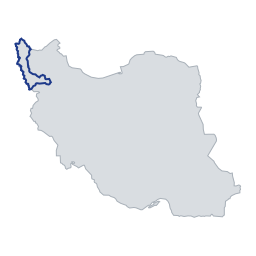 West Azarbaijan highlighted on a map of Iran
{"feature_id": "IRN-3237", "entity_name": "West Azarbaijan", "entity_type": "Province", "adm_level": 1, "iso_a3": "IRN", "parent_name": "Iran", "parent_adm1": "", "projection": "orthographic", "projection_center": [44.982, 37.874], "detail": "medium", "context": "in_parent", "style": "outline", "palette": "blue", "viewbox_px": 256, "rotation_deg": 0, "n_neighbors": 0, "source": "natural_earth", "source_scale": "10m", "svg_char_len": 5012}
<svg xmlns="http://www.w3.org/2000/svg" viewBox="0 0 256 256"><path d="M120.4,66.7L123.3,66.6L128.5,64.2L128.9,63.7L130.1,59.9L131.8,58.0L134.7,55.7L136.7,54.8L143.9,54.2L144.3,52.7L145.4,51.7L153.2,51.2L154.6,52.2L155.3,54.2L162.1,55.2L163.5,55.6L165.3,57.0L166.6,57.2L168.2,56.2L169.3,56.6L171.0,55.9L176.3,57.4L177.4,59.6L178.4,60.6L179.7,61.4L184.0,62.6L185.3,63.4L188.9,67.2L197.0,65.8L197.6,66.6L197.8,68.5L199.1,72.8L198.8,74.5L200.1,75.8L200.4,78.6L201.1,80.4L200.6,83.2L199.8,83.9L200.7,86.2L200.2,88.6L200.4,89.5L199.4,91.6L199.5,92.4L197.4,94.6L199.5,96.9L196.9,97.5L195.7,100.6L196.6,103.9L196.4,105.7L196.9,106.6L197.6,107.2L201.3,107.2L201.5,107.6L198.4,113.2L198.8,115.0L203.1,124.4L203.3,129.4L204.4,134.3L213.9,134.2L215.1,135.3L216.2,137.9L216.5,140.0L216.3,141.2L207.7,155.8L214.0,161.3L214.4,162.6L218.5,168.3L221.9,170.9L227.4,171.6L230.1,173.5L232.3,173.0L232.6,176.2L234.3,182.6L234.1,185.8L236.0,186.0L238.8,185.0L239.9,185.4L240.6,186.3L240.0,187.1L240.5,189.6L239.8,190.3L239.9,192.8L235.6,193.8L231.8,195.6L230.5,196.8L229.9,198.7L228.6,198.8L228.2,199.5L225.5,201.3L225.2,206.4L224.3,207.8L224.3,215.1L223.7,215.3L222.4,216.8L213.4,216.0L212.3,214.4L211.4,214.3L210.3,216.1L205.8,215.9L204.3,216.4L203.3,216.1L201.0,216.4L199.0,215.7L194.2,217.3L191.1,216.0L187.9,215.9L184.1,216.5L180.8,215.7L179.2,216.4L178.4,215.6L173.6,215.3L171.7,212.3L171.5,210.8L170.1,208.1L169.4,204.1L168.0,201.3L165.8,199.2L160.3,198.4L157.6,199.5L155.7,201.1L152.3,202.3L149.9,205.3L148.3,205.3L142.3,209.7L140.9,209.8L136.0,207.8L133.9,207.5L129.6,208.0L127.1,206.6L126.4,205.4L120.7,203.3L117.1,201.2L115.9,199.1L114.3,197.6L110.9,196.5L108.9,195.2L103.6,195.1L99.8,191.8L99.7,190.7L97.4,186.9L96.8,184.1L96.3,183.4L94.5,182.4L94.2,181.6L94.4,179.8L92.0,178.9L91.7,178.0L91.6,175.2L85.7,168.9L84.4,165.3L83.4,165.2L78.5,167.9L77.0,166.6L72.6,164.4L71.9,163.6L73.0,163.1L74.1,163.5L74.7,162.9L74.4,162.2L73.3,161.7L71.9,161.8L72.3,162.5L70.9,163.3L70.7,164.2L71.1,167.0L70.5,167.8L68.2,168.3L66.8,169.3L65.5,168.3L65.1,166.3L64.2,165.1L63.0,164.6L62.0,163.4L60.5,162.8L60.2,155.8L56.4,155.8L56.3,150.4L57.9,145.1L54.1,140.5L52.5,136.9L51.5,136.2L49.6,136.4L43.3,131.6L41.1,130.4L38.1,130.0L37.8,128.3L38.5,126.4L37.0,123.9L36.6,123.2L35.4,122.9L35.4,121.3L33.9,121.4L30.9,117.1L30.0,116.5L31.6,113.2L30.4,110.6L31.1,108.3L32.6,108.4L33.1,105.4L35.7,102.3L38.0,100.9L38.3,100.0L37.8,98.3L36.3,96.3L36.5,94.5L36.9,93.6L39.4,92.7L39.5,92.3L38.3,91.6L34.0,91.7L31.7,89.6L29.5,89.1L28.2,84.5L27.8,84.0L26.8,83.8L26.2,83.0L25.8,79.9L24.3,78.6L23.1,74.1L23.0,73.0L23.4,72.0L21.0,70.0L20.8,67.1L21.2,66.4L18.6,64.2L17.4,64.1L17.2,63.7L19.1,59.0L19.8,58.0L18.2,57.3L18.2,55.0L17.8,53.0L18.0,51.2L16.9,49.9L16.7,49.1L17.0,47.1L16.0,46.1L15.4,43.9L19.3,43.4L20.0,40.1L21.3,38.7L23.7,40.3L27.1,45.6L29.1,47.2L30.6,49.0L37.8,50.7L39.4,50.1L41.8,50.2L44.9,46.9L46.3,46.4L49.8,43.1L54.2,39.9L56.5,39.4L60.0,43.1L58.1,44.3L57.8,45.3L58.1,46.2L59.7,47.1L59.9,48.2L59.4,48.7L57.4,49.4L56.9,50.5L59.1,52.2L60.2,53.6L61.4,53.9L63.4,56.2L66.2,55.8L67.1,61.4L68.9,66.0L72.1,67.8L80.2,68.9L81.2,69.8L82.6,72.3L84.8,73.9L91.3,77.2L98.3,78.4L102.9,78.0L119.3,72.4L120.9,72.3L118.5,73.5L119.5,73.9L121.6,73.7L122.1,73.2L122.1,72.5L120.4,66.7ZM158.7,202.3L157.7,204.0L156.2,205.5L154.9,205.3L150.1,207.8L148.7,207.8L148.5,207.2L153.8,204.3L154.0,203.7L153.6,202.6L155.4,202.8L157.3,201.6L158.9,201.2L159.7,201.8L158.7,202.3Z" fill="#d9dde1" stroke="#a8b0b8" stroke-width="1"/><path d="M21.4,38.7L21.9,39.4L23.8,40.6L24.3,40.7L24.8,42.5L25.2,43.0L25.7,43.4L26.5,44.3L27.0,45.3L27.2,46.2L28.8,46.4L28.8,46.7L29.2,46.8L29.2,47.2L29.7,48.1L30.1,48.3L30.0,48.8L30.7,49.3L29.5,50.6L29.3,51.1L29.0,52.6L29.4,54.0L29.4,54.7L29.0,55.4L27.2,57.3L26.6,58.3L26.5,58.9L27.7,60.9L28.0,65.3L28.3,65.7L28.4,66.6L28.1,66.9L29.4,69.1L29.2,70.8L29.4,71.5L29.8,72.1L32.9,74.1L35.5,74.4L37.2,76.1L39.5,77.4L40.5,76.0L41.1,75.6L41.9,75.5L42.7,74.9L44.5,75.7L44.8,75.9L44.7,76.4L45.2,77.7L45.2,78.6L45.6,79.1L46.6,79.2L49.2,78.9L50.8,82.2L50.2,82.5L50.2,83.2L49.5,84.1L48.7,84.5L46.4,84.1L45.2,83.0L39.6,83.6L36.9,83.2L35.9,83.6L35.7,83.9L35.7,84.6L35.2,85.4L33.4,86.0L31.4,89.0L29.5,89.6L29.1,89.4L29.4,88.1L28.9,87.4L28.8,86.3L28.4,85.8L28.7,85.6L28.4,85.1L28.2,83.9L27.7,83.7L26.8,83.9L26.4,83.6L26.0,82.7L25.5,82.2L26.1,80.6L26.0,80.1L25.6,79.4L24.8,78.9L24.0,78.8L23.7,78.5L24.3,77.4L24.2,76.3L24.4,75.7L23.9,75.3L23.5,75.3L22.9,74.5L23.2,73.7L23.0,73.0L23.4,72.4L23.5,72.0L22.6,71.3L22.4,70.8L22.0,70.9L21.7,70.4L21.0,70.1L21.2,68.1L20.7,67.4L20.8,67.0L21.3,66.3L20.4,65.4L19.6,65.6L19.6,65.1L19.3,65.0L18.9,64.3L17.3,64.1L17.1,63.8L17.4,63.4L17.4,62.7L18.1,61.4L18.5,61.1L18.5,60.7L18.8,60.5L19.0,59.1L19.7,58.5L19.9,57.9L19.4,57.3L18.9,57.6L18.1,57.3L18.2,54.1L17.7,53.6L17.8,53.3L17.7,52.8L18.0,51.1L17.3,50.7L16.7,49.5L16.6,49.1L17.0,48.5L16.9,48.0L17.2,47.4L17.1,47.1L16.0,46.3L15.9,45.2L15.4,44.0L15.8,43.6L17.0,43.5L18.3,43.9L19.2,43.5L19.4,43.2L19.5,41.5L20.0,40.5L20.0,39.7L21.4,38.7Z" fill="none" stroke="#1e3a8a" stroke-width="2"/></svg>